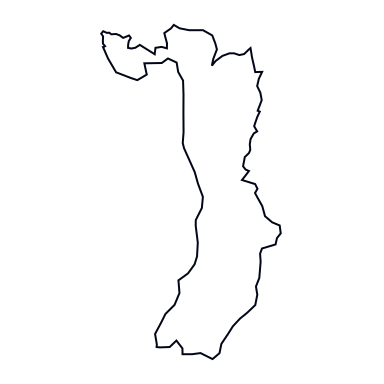 outline of Mamountali, Paphos, Cyprus, rotated 269°
{"feature_id": "46923920B96361744378997", "entity_name": "Mamountali", "entity_type": "district", "adm_level": 2, "iso_a3": "CYP", "parent_name": "Cyprus", "parent_adm1": "Paphos", "projection": "orthographic", "projection_center": [32.61, 34.916], "detail": "fine", "context": "isolated", "style": "outline", "palette": "ink", "viewbox_px": 384, "rotation_deg": 269, "n_neighbors": 0, "source": "geoboundaries", "source_scale": "gbopen_adm2", "svg_char_len": 1976}
<svg xmlns="http://www.w3.org/2000/svg" viewBox="0 0 384 384"><g transform="rotate(269 192 192)"><path d="M338.4,105.6L327.1,110.3L313.0,118.2L307.0,133.0L304.8,139.3L310.2,148.8L321.5,146.6L321.5,153.2L321.5,164.0L325.9,170.3L321.7,178.9L312.2,180.3L303.6,185.0L289.3,185.2L271.1,184.8L251.8,184.6L241.1,183.6L235.9,184.8L211.8,195.1L200.3,198.1L187.0,202.8L175.9,201.6L163.9,195.3L158.4,195.1L141.3,196.9L127.4,195.9L119.6,193.3L110.7,186.6L103.9,176.9L91.2,177.7L79.5,172.6L70.5,163.3L62.4,159.1L50.7,152.6L48.0,153.0L40.1,154.2L37.6,153.9L37.2,157.3L37.4,167.0L43.7,173.8L35.8,179.7L30.0,179.7L29.8,189.2L30.8,197.7L24.6,209.6L28.0,213.8L30.4,216.7L39.6,218.7L49.5,225.6L57.0,230.5L64.6,237.8L70.4,245.2L77.9,253.3L88.2,255.5L96.4,254.3L104.9,257.8L121.0,259.4L129.2,259.0L134.3,261.0L138.1,274.6L144.5,276.2L149.1,280.0L157.0,279.1L160.3,271.6L166.5,264.6L176.7,262.0L185.4,257.3L189.9,255.0L194.1,257.5L198.8,255.3L203.1,242.2L209.2,247.1L212.0,249.3L213.5,246.0L216.8,243.5L226.0,245.4L229.9,249.6L233.1,251.0L238.8,250.6L243.9,251.5L249.5,254.8L251.5,258.2L256.6,255.3L259.4,256.2L266.2,258.7L271.2,261.2L272.1,259.1L276.6,260.9L282.6,263.3L290.0,262.1L296.8,259.0L304.0,260.8L310.9,264.2L310.8,257.3L316.3,256.3L325.3,254.4L334.9,253.0L333.2,251.0L329.0,246.5L328.1,241.7L329.9,236.6L330.0,231.9L327.6,224.9L322.6,217.9L318.0,214.1L318.5,214.2L324.7,215.6L334.2,219.4L340.1,217.9L348.2,215.0L353.6,205.8L353.6,205.5L353.8,192.4L353.8,192.1L355.9,182.4L359.4,176.7L355.9,173.8L351.4,167.1L347.8,167.9L341.1,169.6L336.1,169.4L336.2,169.1L337.6,164.1L336.8,158.0L330.4,157.1L330.6,156.8L340.0,142.4L339.9,142.3L337.2,137.8L336.5,133.8L336.6,133.5L337.2,130.6L340.1,130.7L343.9,131.4L347.1,133.5L349.6,131.8L347.3,125.9L347.4,125.7L350.0,122.2L351.3,118.8L351.3,118.7L351.1,114.3L351.1,114.0L352.7,112.1L352.6,109.6L354.3,106.0L351.9,104.0L349.1,105.8L344.3,105.5L341.8,105.6L339.3,107.6L338.4,105.9L338.4,105.6Z" fill="none" stroke="#020617" stroke-width="2"/></g></svg>